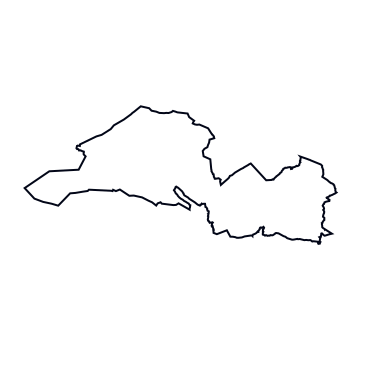 the district of Gjesdal nor, Rogaland, Norway, rotated 216°
{"feature_id": "86288312B75018184533449", "entity_name": "Gjesdal nor", "entity_type": "district", "adm_level": 2, "iso_a3": "NOR", "parent_name": "Norway", "parent_adm1": "Rogaland", "projection": "albers", "projection_center": [6.098, 58.831], "detail": "fine", "context": "isolated", "style": "outline", "palette": "ink", "viewbox_px": 384, "rotation_deg": 216, "n_neighbors": 0, "source": "geoboundaries", "source_scale": "gbopen_adm2", "svg_char_len": 5896}
<svg xmlns="http://www.w3.org/2000/svg" viewBox="0 0 384 384"><g transform="rotate(216 192 192)"><path d="M329.7,96.8L315.6,94.0L306.6,96.5L298.7,100.0L292.2,102.3L289.8,119.3L285.7,122.8L280.4,128.2L277.0,131.5L276.7,133.3L258.1,145.5L256.9,146.0L257.0,146.3L256.9,146.7L257.1,147.4L254.1,148.0L251.8,151.6L240.5,152.1L237.0,154.9L229.2,158.3L222.1,159.4L218.3,160.2L213.0,160.0L213.1,162.6L211.4,165.2L209.6,164.8L199.3,170.5L197.3,172.2L196.2,174.9L183.6,176.3L184.2,177.0L184.5,178.1L185.6,180.3L186.3,180.1L187.9,180.7L189.4,180.5L191.7,180.4L192.9,180.1L194.9,180.3L197.3,180.0L197.9,180.1L198.9,180.1L201.3,180.6L202.0,181.0L203.1,181.3L203.6,181.2L204.0,181.4L204.7,181.5L206.2,182.4L207.8,182.8L208.2,183.1L208.4,183.0L207.8,183.2L207.7,182.8L207.7,184.4L207.7,185.1L207.8,185.2L208.2,186.3L208.0,187.0L207.8,187.2L206.4,187.1L205.8,187.3L200.2,186.7L198.5,185.9L197.9,185.9L197.4,185.3L196.2,184.8L191.9,185.2L190.3,184.9L183.7,185.3L180.1,185.1L177.7,185.6L177.4,185.9L177.4,186.2L177.6,186.7L177.7,186.9L177.2,187.3L177.0,187.6L177.0,188.0L177.1,188.3L176.8,188.3L177.0,188.0L176.9,187.9L176.8,188.2L175.3,189.6L174.5,190.1L172.3,187.8L171.7,188.0L171.0,187.9L169.6,187.2L169.5,186.8L168.4,186.0L167.1,186.2L166.0,184.4L166.1,183.9L165.8,183.9L165.7,183.6L165.2,182.9L165.2,182.5L164.9,181.8L164.4,181.7L163.9,180.9L163.1,179.1L162.2,178.3L161.9,178.5L161.4,178.3L161.1,178.3L160.7,178.2L160.6,177.9L160.1,177.9L159.7,177.6L159.6,177.8L158.9,178.1L158.6,178.5L158.2,178.6L158.0,179.1L157.7,179.5L157.2,179.5L157.2,179.1L157.2,178.3L157.1,178.1L156.9,177.5L156.6,177.1L156.5,176.8L156.2,176.8L156.2,176.5L155.7,176.5L155.7,176.2L155.1,176.3L154.8,176.1L154.9,175.7L154.4,175.7L153.9,175.4L153.1,174.6L152.7,174.6L152.6,174.1L152.3,174.1L152.1,173.5L151.8,173.5L151.7,173.0L150.5,171.6L147.1,172.5L141.3,181.5L134.7,178.4L132.7,179.8L130.2,181.0L129.1,181.2L128.5,181.6L127.9,181.9L124.9,184.6L123.3,187.0L118.7,191.5L118.0,192.0L117.3,191.9L117.6,192.3L117.5,193.0L117.5,193.6L117.3,193.8L116.2,195.7L115.8,196.8L115.7,198.2L115.4,198.1L114.8,198.7L115.2,199.2L115.4,199.7L115.4,200.2L115.3,201.6L115.7,202.1L115.9,202.8L115.9,203.1L115.8,203.5L114.9,203.8L114.9,204.1L114.0,204.8L113.7,205.8L112.7,205.5L112.4,204.5L112.6,203.4L112.5,203.1L111.7,202.3L111.6,201.9L111.3,201.5L110.8,201.6L110.7,200.9L110.5,200.3L109.7,199.2L109.3,199.2L108.9,199.6L107.3,199.6L107.0,200.0L106.8,200.6L105.2,200.9L104.9,201.3L103.4,202.4L103.4,202.8L103.1,203.3L101.6,204.1L101.1,204.8L100.9,205.5L100.6,206.1L100.3,207.1L100.3,207.7L99.8,208.3L97.7,209.4L92.0,210.1L90.1,210.7L87.8,210.6L83.1,212.2L81.8,213.2L79.2,216.0L78.5,216.1L77.2,217.3L72.8,219.1L71.5,220.3L69.5,221.4L68.1,222.6L66.6,222.8L66.0,222.6L65.4,222.8L65.0,223.4L63.7,224.2L61.0,225.7L59.6,224.4L59.2,224.4L58.5,225.2L58.3,225.3L58.7,227.0L59.6,226.8L61.1,229.9L62.4,230.3L61.4,231.6L61.9,232.1L62.1,233.0L62.9,234.1L63.0,234.4L62.9,234.6L62.6,234.9L59.7,234.5L59.0,234.6L58.5,235.2L56.1,238.4L54.3,240.5L62.6,240.0L62.6,239.8L62.9,240.0L64.5,239.9L65.8,240.0L66.2,240.4L66.9,241.3L68.0,242.3L68.2,242.8L68.7,243.2L68.3,243.9L68.7,244.6L68.7,246.2L68.6,246.6L68.5,246.8L68.5,247.2L68.9,247.4L69.4,248.4L69.8,248.9L71.5,249.0L72.2,250.4L72.7,252.0L72.7,252.4L72.9,252.9L73.3,253.3L73.3,253.5L73.5,253.8L73.8,254.1L75.3,254.6L75.2,255.9L75.4,256.2L76.4,257.0L78.2,257.7L78.3,258.2L78.5,259.8L78.2,260.0L78.7,261.6L78.3,262.1L78.1,262.6L76.8,264.2L75.6,265.4L75.9,266.1L76.2,266.5L77.5,266.3L78.2,266.6L79.4,266.3L79.8,266.6L79.6,267.1L79.2,267.5L78.6,268.8L78.2,269.4L78.4,270.0L77.9,270.5L76.9,272.0L75.9,274.0L75.5,274.6L74.8,276.5L75.8,276.5L76.4,277.1L76.9,277.4L77.5,278.2L77.8,278.9L78.6,279.1L79.5,279.9L81.0,281.1L81.6,281.0L82.1,281.4L83.6,281.3L84.6,280.9L84.8,281.0L85.6,280.8L86.4,281.0L86.8,280.9L87.3,280.9L89.4,281.2L95.5,280.9L96.1,283.5L97.5,285.2L98.5,286.3L98.7,286.9L99.2,287.3L99.5,287.3L101.1,288.5L101.5,288.6L101.6,288.9L102.1,289.7L103.9,290.0L114.8,287.3L115.4,287.3L116.4,286.9L117.7,286.6L125.3,284.3L124.3,284.0L123.3,281.8L123.0,281.5L123.1,281.0L122.9,280.4L122.1,280.0L122.2,279.9L121.7,278.5L121.5,277.4L121.1,277.0L121.1,276.7L121.4,275.7L122.0,274.9L122.3,274.6L122.8,274.6L123.6,272.6L125.1,271.0L124.7,270.3L124.6,269.7L125.4,268.8L126.8,270.0L127.7,269.5L128.4,268.7L129.0,268.2L129.5,267.3L130.9,266.4L131.0,265.5L131.5,265.0L131.8,264.4L131.5,263.8L131.5,263.1L131.7,262.4L131.7,261.9L131.3,260.5L131.9,259.3L131.8,258.6L131.9,258.1L131.8,257.7L132.1,257.2L132.6,255.1L132.8,254.8L133.0,254.1L132.9,253.8L133.3,252.3L133.4,251.2L133.5,250.7L133.3,250.3L133.3,250.0L133.5,249.8L134.0,249.9L134.4,249.5L134.6,248.6L138.9,245.1L161.2,249.6L162.1,247.9L162.5,246.7L164.5,242.3L164.6,241.7L165.9,239.3L168.6,233.0L169.5,229.1L170.8,227.3L170.5,225.3L170.7,223.9L171.8,219.2L172.8,214.7L175.4,217.0L175.9,217.9L175.9,218.4L176.0,218.8L178.5,218.8L181.2,216.1L181.5,216.1L182.0,216.7L183.2,217.1L184.9,219.0L185.6,218.7L186.7,219.5L188.4,220.2L189.1,221.2L189.8,221.7L196.4,229.2L203.6,227.7L207.4,231.5L207.3,234.3L205.9,237.3L206.6,239.3L207.2,242.0L208.6,244.7L205.6,248.6L206.1,249.0L206.7,249.3L206.9,249.8L208.5,250.3L209.6,250.3L210.1,250.7L210.6,250.7L216.4,253.0L225.7,250.9L227.5,249.3L229.3,248.4L231.7,247.9L232.1,249.3L232.1,250.9L238.3,250.9L241.7,252.9L250.7,247.8L252.6,247.3L255.1,246.4L255.5,244.7L257.4,242.1L259.3,240.9L260.9,239.4L264.9,236.8L268.1,236.0L272.5,234.0L275.9,234.6L283.8,231.2L286.0,222.9L286.7,220.9L286.9,219.6L287.0,219.0L289.7,210.6L294.4,200.0L294.7,195.2L298.7,185.1L302.0,180.8L310.6,164.7L309.8,163.3L311.7,162.4L311.8,162.0L312.1,161.7L311.2,159.5L310.7,159.3L310.2,159.2L309.7,159.6L309.1,159.8L308.3,159.6L308.0,159.3L307.8,159.2L306.8,160.1L306.4,160.3L306.0,160.2L305.2,160.5L304.7,160.5L303.3,161.1L303.0,160.9L302.4,159.6L301.9,158.9L301.5,158.7L299.0,158.3L296.8,143.4L319.6,124.9L329.7,96.8Z" fill="none" stroke="#020617" stroke-width="2"/></g></svg>